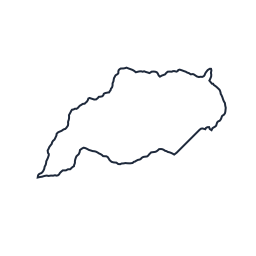 the district of Ibirapuã, Bahia, Brazil, rotated 143°
{"feature_id": "56859067B44438626938012", "entity_name": "Ibirapuã", "entity_type": "district", "adm_level": 2, "iso_a3": "BRA", "parent_name": "Brazil", "parent_adm1": "Bahia", "projection": "robinson", "projection_center": [-39.99, -17.74], "detail": "fine", "context": "isolated", "style": "outline", "palette": "slate", "viewbox_px": 256, "rotation_deg": 143, "n_neighbors": 0, "source": "geoboundaries", "source_scale": "gbopen_adm2", "svg_char_len": 3641}
<svg xmlns="http://www.w3.org/2000/svg" viewBox="0 0 256 256"><g transform="rotate(143 128 128)"><path d="M71.9,83.5L70.1,83.5L68.9,82.9L68.0,81.8L67.0,80.5L65.8,81.1L64.2,80.9L62.7,79.9L63.3,78.0L62.6,76.0L60.6,77.0L59.2,76.9L57.8,76.7L56.2,76.8L55.0,77.7L53.4,78.8L52.0,79.0L50.4,78.6L48.9,79.0L47.7,79.6L46.6,80.4L45.5,81.0L43.2,80.9L41.6,81.5L40.4,82.5L39.3,83.7L37.8,85.3L36.9,87.3L35.6,89.6L35.4,91.5L35.1,92.8L34.7,94.1L34.1,95.8L33.6,97.9L33.4,99.5L32.8,100.5L32.2,102.1L31.9,103.5L32.2,105.4L32.6,107.7L33.1,109.4L33.6,110.8L33.4,112.1L34.3,112.8L34.4,114.7L34.5,116.9L33.1,117.6L31.7,118.4L30.6,119.1L29.4,120.5L28.6,122.1L27.6,123.0L26.7,123.9L26.1,125.3L27.1,126.1L29.5,126.3L32.5,125.5L33.8,124.9L35.1,124.1L36.3,123.8L37.9,124.1L39.4,125.4L40.7,126.0L41.9,127.6L42.6,129.5L43.0,130.8L43.7,132.0L45.6,133.1L46.3,135.1L47.4,136.7L48.0,138.2L49.1,139.8L50.3,141.7L51.6,143.5L52.9,144.0L54.1,143.6L55.3,143.8L56.9,145.7L58.0,146.4L59.1,146.6L60.2,147.5L61.2,148.3L62.5,149.1L64.7,148.9L66.0,148.5L67.5,148.9L69.4,149.5L71.6,149.8L71.9,151.4L71.4,153.7L71.5,155.3L72.4,156.6L73.6,157.7L75.3,158.8L76.7,158.8L77.9,159.0L78.8,160.4L80.1,162.1L81.0,163.6L82.4,164.1L83.3,165.3L84.9,166.4L86.5,167.1L88.2,167.8L88.7,169.9L89.4,171.6L90.6,173.5L91.6,175.0L92.9,177.1L94.4,177.6L96.0,178.4L97.2,179.3L98.1,179.9L99.5,180.0L100.6,179.8L101.6,179.1L102.6,177.7L103.9,177.3L105.2,177.5L106.5,177.5L107.6,176.9L108.9,176.4L109.9,175.6L111.6,174.0L113.4,173.0L114.8,171.2L116.2,170.1L118.0,169.6L119.3,168.6L120.4,168.4L121.7,167.8L122.8,168.5L123.9,169.0L125.1,169.6L126.7,169.9L128.1,169.0L129.4,168.8L131.0,169.5L132.6,170.5L134.0,170.1L136.2,170.0L137.9,171.1L138.6,172.2L139.6,173.6L140.6,175.1L141.9,175.4L143.4,174.4L145.0,173.8L146.7,173.7L148.0,173.5L149.7,174.5L151.6,174.6L153.1,174.8L154.7,174.5L156.2,174.2L157.6,174.3L158.7,175.3L160.4,175.6L161.7,176.3L162.9,175.9L164.1,175.3L165.8,174.5L167.4,173.8L168.3,172.4L169.4,171.1L170.5,170.1L171.5,169.5L172.4,168.7L173.2,167.4L174.5,166.1L176.0,165.6L177.3,165.2L178.6,165.0L179.8,165.5L181.1,165.7L182.7,165.7L184.6,166.2L186.3,166.6L187.6,166.5L188.7,166.2L189.5,165.2L191.7,164.0L193.7,163.0L195.5,162.9L197.3,162.2L198.5,161.2L200.1,160.8L202.2,160.2L204.1,159.1L205.7,158.4L206.9,156.2L206.9,154.9L207.7,153.9L210.2,152.2L212.1,151.2L213.3,150.6L214.1,149.7L215.8,148.2L217.8,147.3L219.6,145.7L221.3,144.8L222.4,144.4L224.2,144.1L225.5,144.5L227.0,144.7L228.3,144.3L229.9,142.8L227.9,141.9L225.9,140.8L224.7,140.4L223.2,139.8L221.5,138.9L220.3,137.5L218.2,136.4L216.5,135.0L214.7,134.2L213.9,133.1L212.6,132.4L211.0,132.4L209.6,133.0L207.7,133.3L205.6,133.4L204.2,132.3L203.0,131.5L200.9,131.2L198.9,129.8L197.2,130.1L195.5,130.2L194.2,130.0L193.3,130.9L192.2,131.5L191.3,132.2L190.4,133.4L189.2,134.5L187.8,135.5L186.3,136.4L184.8,136.6L183.2,136.7L181.2,137.8L179.6,139.3L177.8,139.3L176.4,139.2L175.2,138.9L174.1,137.5L173.3,136.0L172.4,134.0L171.3,132.5L170.1,130.8L168.9,129.7L167.9,128.5L167.1,126.9L166.4,125.0L165.7,123.8L165.1,122.3L164.8,120.5L163.4,119.3L162.4,118.5L161.7,117.1L161.8,115.2L162.0,113.4L161.5,110.9L160.3,109.3L159.0,108.1L158.1,107.3L157.5,105.1L156.0,103.8L154.5,103.5L152.7,102.3L151.2,101.6L149.8,100.3L148.6,99.3L147.4,98.4L145.4,97.3L143.8,97.5L142.7,97.0L141.3,96.9L139.4,96.6L137.5,95.7L136.3,95.6L135.1,95.9L133.8,95.8L132.6,95.4L131.1,94.5L129.9,93.8L128.5,93.8L127.1,94.2L125.6,94.4L124.2,94.6L122.8,93.8L120.7,92.6L119.3,92.2L117.7,92.2L115.9,92.4L114.5,91.5L113.6,90.7L112.7,89.3L112.1,87.5L111.2,86.4L110.6,84.9L109.4,83.5L108.6,82.2L107.9,80.9L107.1,79.0L104.1,79.0L71.9,83.5Z" fill="none" stroke="#1e293b" stroke-width="2"/></g></svg>